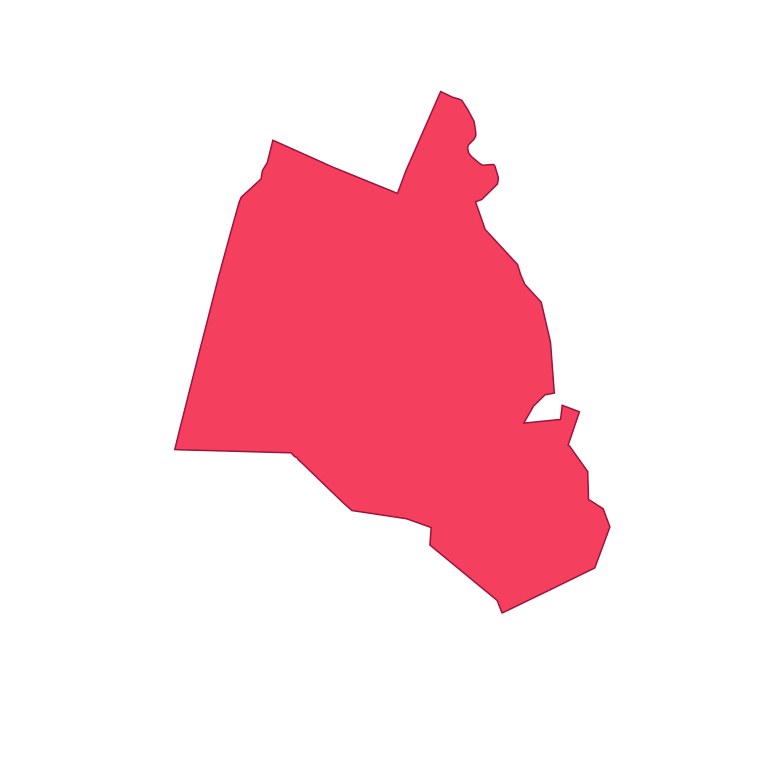 outline of Mecklenburg, North Carolina, United States of America, rotated 149°
{"feature_id": "52423323B53065741974506", "entity_name": "Mecklenburg", "entity_type": "district", "adm_level": 2, "iso_a3": "USA", "parent_name": "United States of America", "parent_adm1": "North Carolina", "projection": "natural_earth1", "projection_center": [-80.869, 35.258], "detail": "fine", "context": "isolated", "style": "filled", "palette": "rose", "viewbox_px": 768, "rotation_deg": 149, "n_neighbors": 0, "source": "geoboundaries", "source_scale": "gbopen_adm2", "svg_char_len": 1431}
<svg xmlns="http://www.w3.org/2000/svg" viewBox="0 0 768 768"><g transform="rotate(149 384 384)"><path d="M183.7,497.0L183.2,497.9L182.4,498.4L180.1,501.3L179.5,502.7L176.7,513.6L176.8,515.3L177.3,515.9L186.9,520.8L188.8,524.7L191.9,533.9L192.4,537.7L192.1,539.8L190.3,543.9L188.3,545.5L185.9,546.1L180.6,547.5L177.6,549.4L175.9,552.0L171.6,562.5L170.9,575.9L171.2,587.1L172.9,589.5L177.6,594.6L184.8,605.5L200.0,594.7L222.4,578.9L228.7,574.4L232.9,571.4L255.0,555.8L274.3,540.4L298.1,572.2L298.4,572.6L316.3,596.4L316.6,596.8L328.3,613.7L353.7,650.2L370.0,633.9L378.2,629.6L383.8,623.1L410.1,617.7L414.8,614.2L440.9,589.5L463.5,567.9L463.9,567.4L470.7,561.0L471.0,560.6L471.3,560.4L474.9,556.8L510.0,522.1L525.8,506.6L526.5,505.9L555.7,476.9L582.9,449.9L583.7,449.1L597.1,435.6L592.0,432.2L591.9,432.1L555.6,409.0L499.0,372.8L498.9,372.3L498.4,369.5L497.8,367.4L497.4,366.9L496.8,366.2L496.6,365.9L496.5,365.5L496.4,363.2L494.5,356.6L485.9,324.4L480.3,303.8L479.7,301.7L476.7,292.1L434.1,256.9L417.5,236.7L427.6,222.3L398.5,140.2L400.7,127.1L400.1,126.8L389.1,125.8L337.7,121.2L335.4,121.0L298.0,117.8L264.0,145.1L260.4,164.1L268.1,179.7L254.5,204.0L256.9,235.2L257.6,236.8L230.8,259.5L242.2,274.0L250.9,262.7L284.3,278.5L267.0,288.1L251.5,291.8L242.7,288.5L219.7,334.2L207.1,373.1L212.0,396.9L210.6,407.1L208.0,417.6L217.7,464.3L211.7,493.0L205.3,491.8L183.7,497.0Z" fill="#f43f5e" stroke="#9f1239" stroke-width="1.5"/></g></svg>